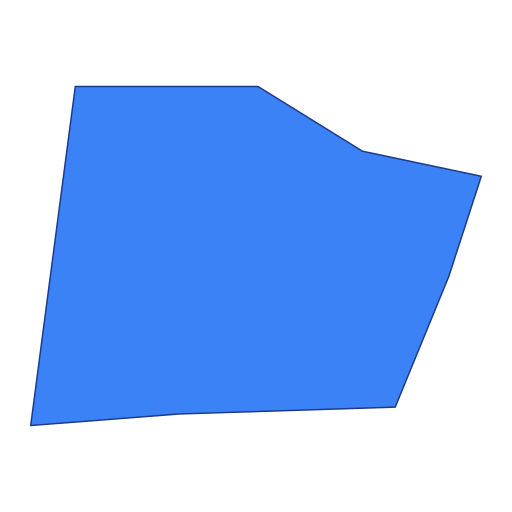 the border of Wan Chai
{"feature_id": "HKG-5154", "entity_name": "Wan Chai", "entity_type": "state/province", "adm_level": 1, "iso_a3": "HKG", "parent_name": "Hong Kong S.A.R.", "parent_adm1": "", "projection": "robinson", "projection_center": [114.179, 22.269], "detail": "fine", "context": "isolated", "style": "filled", "palette": "blue", "viewbox_px": 512, "rotation_deg": 0, "n_neighbors": 0, "source": "natural_earth", "source_scale": "10m", "svg_char_len": 234}
<svg xmlns="http://www.w3.org/2000/svg" viewBox="0 0 512 512"><path d="M75.3,86.5L258.0,86.5L362.4,151.2L481.3,176.3L448.8,276.4L395.2,407.1L178.5,414.0L30.7,425.5L75.3,86.5Z" fill="#3b82f6" stroke="#1e3a8a" stroke-width="1.5"/></svg>